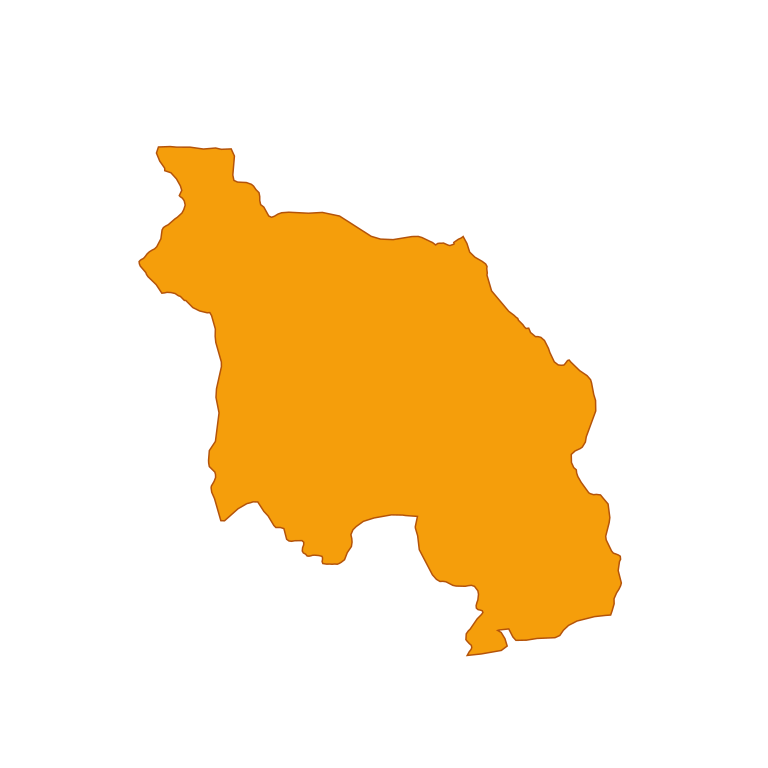 an SVG outline of Beja, rotated 253°
{"feature_id": "PRT-743", "entity_name": "Beja", "entity_type": "District", "adm_level": 1, "iso_a3": "PRT", "parent_name": "Portugal", "parent_adm1": "", "projection": "albers", "projection_center": [-7.969, 37.829], "detail": "fine", "context": "isolated", "style": "filled", "palette": "amber", "viewbox_px": 768, "rotation_deg": 253, "n_neighbors": 0, "source": "natural_earth", "source_scale": "10m", "svg_char_len": 4024}
<svg xmlns="http://www.w3.org/2000/svg" viewBox="0 0 768 768"><g transform="rotate(253 384 384)"><path d="M675.6,236.9L676.6,237.6L673.6,248.9L671.2,254.8L667.1,268.0L661.5,280.0L658.9,292.0L656.0,297.0L653.5,306.6L645.7,307.6L628.0,300.5L622.6,300.0L619.9,303.0L616.9,311.3L613.7,315.6L611.4,317.1L607.3,318.4L603.5,320.4L599.7,320.0L595.7,318.8L591.6,318.5L588.3,320.8L578.4,322.9L576.3,325.2L576.5,328.4L577.5,332.2L577.7,336.2L576.1,343.2L569.4,361.7L566.1,375.2L557.6,390.6L529.0,414.9L523.6,423.0L519.4,434.9L516.8,454.0L515.1,459.9L513.0,463.1L504.8,472.0L501.9,474.0L502.7,476.4L502.4,478.3L501.8,480.1L501.4,482.1L498.1,485.9L497.1,487.5L497.3,491.7L497.8,492.1L499.0,492.1L500.7,497.5L501.0,500.1L501.7,502.4L501.9,502.8L494.1,504.4L485.1,504.5L478.7,508.0L472.5,513.8L469.1,516.3L466.3,516.9L464.3,516.0L459.9,515.2L458.1,514.3L441.6,514.1L417.1,524.5L411.6,528.5L409.4,529.7L407.6,531.1L405.7,531.2L400.0,534.2L397.5,535.0L395.6,536.0L395.1,538.7L390.4,539.2L385.0,542.7L384.3,545.1L382.7,547.7L378.6,550.2L369.9,551.7L365.7,551.8L355.4,553.3L351.3,556.2L350.1,558.9L349.5,561.5L350.4,563.1L352.8,566.4L352.8,568.1L350.5,569.0L339.6,575.0L332.5,580.7L327.7,582.8L324.4,582.8L312.6,581.5L306.4,581.5L296.3,578.6L274.4,562.0L269.6,559.6L265.7,555.2L264.9,552.8L264.1,547.1L261.9,542.5L254.1,540.3L248.6,541.0L245.7,542.8L242.5,542.2L238.9,542.3L232.3,543.8L220.1,548.0L218.9,549.1L216.9,552.0L216.3,554.9L214.6,558.6L209.3,560.8L203.7,563.2L190.2,560.9L185.6,558.8L173.6,551.5L169.9,550.9L157.7,552.8L155.2,553.9L153.6,556.1L151.9,558.2L150.2,559.6L147.2,559.0L145.4,557.3L137.1,553.4L124.3,552.8L121.9,551.3L119.0,548.6L116.3,545.4L111.4,541.2L106.5,539.8L100.5,535.9L96.8,533.2L98.0,527.9L100.0,517.3L100.9,499.3L99.2,489.9L96.1,483.6L92.1,478.6L91.4,473.4L95.9,456.1L97.4,445.3L100.3,435.2L104.4,433.3L113.3,431.7L115.1,422.2L115.1,420.7L112.1,423.4L105.1,425.2L97.4,425.2L94.9,418.3L97.4,398.2L100.1,384.2L103.0,387.2L104.8,389.8L106.4,390.9L108.6,391.1L110.8,389.7L113.5,388.4L115.6,387.6L121.0,389.6L123.3,392.5L124.3,394.6L132.2,404.5L135.1,409.9L136.6,411.8L138.4,411.7L139.7,409.9L140.8,407.9L142.7,406.8L145.1,407.3L147.6,408.8L150.0,410.6L155.3,412.9L158.8,413.3L164.0,411.4L165.9,408.8L166.5,405.6L166.8,402.6L169.7,393.9L171.3,391.0L176.7,385.5L178.1,382.6L178.8,379.8L181.9,377.0L187.4,374.5L215.2,369.3L228.9,371.8L237.1,371.9L238.4,372.2L247.6,377.3L251.9,366.2L253.2,363.5L256.7,352.8L258.8,335.4L258.7,324.1L255.8,315.7L253.7,311.7L249.6,308.3L245.6,308.0L242.1,307.2L238.1,305.3L233.5,299.6L227.5,294.9L226.0,290.9L225.5,288.8L225.3,286.7L226.3,284.1L226.8,281.7L227.7,279.4L228.5,276.5L230.2,273.0L232.3,272.9L234.0,273.8L235.8,274.4L237.3,274.3L238.4,272.6L239.1,271.3L240.6,267.6L241.1,265.6L241.1,263.6L241.3,261.9L242.0,260.2L244.2,259.3L246.0,257.5L248.2,257.0L251.3,258.3L253.6,260.1L256.1,261.0L258.2,259.8L260.2,252.9L260.6,249.6L261.7,247.2L264.0,245.5L275.0,246.0L277.1,242.9L278.4,238.6L280.9,237.3L291.7,234.6L297.2,231.9L308.1,228.8L309.6,224.3L309.5,221.6L309.7,217.9L307.4,208.0L299.8,191.5L301.0,188.0L323.9,188.4L330.9,187.6L335.3,188.3L336.9,189.1L340.6,193.1L343.8,195.6L346.6,196.4L349.2,196.5L356.1,192.8L359.6,193.2L362.3,193.9L371.4,197.5L378.4,206.0L404.6,217.8L420.3,219.4L428.4,222.4L448.1,233.6L452.6,234.9L473.0,235.3L479.0,236.5L485.9,238.8L499.8,239.1L503.2,238.3L503.8,235.7L507.8,229.0L513.0,223.5L521.8,218.9L522.3,217.5L527.3,214.9L528.5,213.2L531.6,210.7L533.7,207.1L535.1,203.3L535.3,200.7L535.8,198.1L545.6,195.2L555.6,189.7L558.2,188.9L560.2,188.8L568.0,185.4L570.5,185.2L572.7,185.6L573.6,187.2L574.0,188.3L574.3,190.2L574.9,191.6L576.1,193.4L577.7,195.5L579.0,198.2L579.8,201.2L580.3,204.1L581.7,206.8L588.1,213.1L596.2,216.8L598.1,218.8L598.9,221.4L599.4,224.2L603.0,232.3L603.9,235.2L606.6,240.8L609.3,243.5L613.2,246.2L617.7,246.5L620.7,245.5L622.6,244.0L624.0,243.3L628.3,247.2L633.0,247.2L640.8,245.5L648.3,242.0L652.1,236.7L653.8,237.2L654.7,237.3L662.7,234.7L671.4,233.9L675.6,236.9Z" fill="#f59e0b" stroke="#b45309" stroke-width="1.5"/></g></svg>